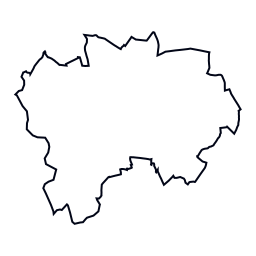 outline of Obio/Akpor, Rivers, Nigeria
{"feature_id": "59680162B6299894636493", "entity_name": "Obio/Akpor", "entity_type": "district", "adm_level": 2, "iso_a3": "NGA", "parent_name": "Nigeria", "parent_adm1": "Rivers", "projection": "robinson", "projection_center": [7.009, 4.856], "detail": "fine", "context": "isolated", "style": "outline", "palette": "ink", "viewbox_px": 256, "rotation_deg": 0, "n_neighbors": 0, "source": "geoboundaries", "source_scale": "gbopen_adm2", "svg_char_len": 5243}
<svg xmlns="http://www.w3.org/2000/svg" viewBox="0 0 256 256"><path d="M83.0,222.2L85.6,219.1L87.0,217.7L93.5,215.6L98.4,211.4L99.7,205.1L99.9,204.5L97.2,200.1L96.6,198.4L98.8,198.6L100.6,196.9L101.0,196.1L101.4,195.7L101.5,195.2L101.4,194.3L101.5,192.8L101.4,190.2L101.6,187.2L101.8,184.6L102.9,183.2L104.2,181.8L106.3,179.5L107.9,177.7L108.5,177.1L109.4,176.8L109.5,176.9L109.6,177.1L110.1,177.0L113.1,176.2L115.5,175.6L118.6,174.9L120.9,174.3L120.9,172.8L120.7,171.5L120.4,170.3L120.2,169.4L121.4,169.0L122.8,169.0L123.7,169.1L125.2,169.4L127.0,170.0L127.1,169.3L126.9,168.8L127.0,168.6L127.4,168.6L127.8,168.8L128.2,169.0L128.6,168.9L130.1,168.4L131.7,167.8L131.8,167.6L131.6,167.1L131.2,166.0L130.8,165.0L132.0,164.6L130.6,161.2L130.2,159.8L130.1,158.3L130.2,157.7L130.3,157.2L131.1,157.2L133.6,157.3L136.3,157.6L140.3,158.0L143.2,158.4L145.7,158.7L148.8,159.2L149.3,159.4L149.6,159.5L150.1,159.4L151.4,159.1L151.3,159.9L151.2,161.1L151.3,163.1L151.0,164.6L151.4,164.8L151.6,163.4L151.8,163.4L152.7,163.3L153.8,163.4L153.9,163.5L154.1,164.1L154.2,164.4L154.2,164.8L154.2,165.4L154.2,166.0L154.3,166.2L154.5,166.6L155.0,167.5L155.4,168.5L155.8,169.2L155.9,169.5L156.0,169.7L156.0,170.3L155.9,171.9L156.2,172.3L157.7,169.8L157.7,170.8L157.8,171.5L158.0,172.0L158.2,172.3L159.1,174.4L160.0,176.5L161.1,178.6L161.6,179.8L162.3,181.4L163.9,184.8L168.7,180.7L172.2,177.1L172.5,176.8L173.3,175.8L174.5,177.9L176.6,177.9L180.2,177.0L183.9,178.6L184.8,180.0L185.5,182.7L187.8,184.4L189.0,182.7L189.3,182.2L189.5,182.1L190.7,181.9L193.5,181.6L194.9,182.0L195.1,181.9L195.7,181.0L196.6,179.7L200.8,173.6L204.8,168.0L205.5,166.4L205.9,165.1L206.1,164.4L206.2,163.6L206.4,162.7L203.9,161.9L202.8,161.6L202.3,161.3L201.6,160.7L200.9,160.1L199.7,159.1L199.1,158.6L198.3,157.9L197.8,157.5L197.3,156.9L197.2,156.5L197.2,156.2L197.7,156.2L198.0,156.0L198.3,155.4L199.0,154.2L199.6,153.2L200.6,151.6L201.1,150.9L201.6,150.1L202.3,149.6L203.0,149.3L203.6,149.1L204.5,148.8L205.1,148.7L207.3,148.4L207.7,148.3L208.1,148.0L208.9,147.2L209.3,146.9L211.1,146.5L211.6,146.2L212.8,145.7L213.5,145.3L213.8,144.7L214.5,143.6L215.5,142.3L216.7,140.5L217.8,138.6L218.5,137.7L219.0,137.4L219.4,136.7L219.9,135.6L220.0,134.5L220.3,133.8L220.8,133.0L220.3,128.0L223.0,127.7L226.8,127.2L227.1,126.7L234.2,133.7L236.1,130.1L236.5,129.1L237.2,127.1L237.9,125.7L238.3,125.0L238.3,123.4L238.5,122.2L238.8,120.8L239.0,119.4L239.0,118.7L238.9,117.4L239.0,116.0L238.9,115.1L238.8,113.9L238.9,112.6L238.9,111.8L238.7,111.1L238.6,110.9L240.6,109.3L239.5,107.5L238.3,105.3L234.1,98.7L233.7,97.9L232.0,95.2L231.0,93.5L230.8,92.7L230.2,91.2L229.4,89.3L225.8,90.3L224.9,90.6L224.8,87.2L224.8,84.5L224.8,83.3L224.7,82.5L224.5,81.8L224.2,81.1L224.0,80.4L223.5,79.3L222.9,77.9L222.1,76.0L221.7,75.5L221.2,75.1L220.6,74.8L218.7,74.8L216.3,75.3L215.0,75.4L210.3,74.8L207.1,73.3L207.6,72.3L209.2,68.4L209.4,67.9L209.4,67.6L209.3,66.6L209.3,66.0L209.2,65.3L209.1,64.5L209.0,63.2L208.9,61.7L208.8,60.6L208.9,59.2L208.9,57.3L208.9,56.2L209.0,54.1L209.2,53.0L209.4,52.3L208.4,52.1L204.4,51.3L200.1,50.4L190.4,48.6L188.1,49.0L181.3,49.8L175.4,50.4L169.5,51.2L165.4,51.7L162.2,53.4L159.6,54.6L157.5,55.5L158.2,49.3L158.5,47.3L158.5,46.9L158.6,45.1L158.4,43.9L157.9,41.4L157.5,40.2L157.0,38.8L155.4,35.3L154.4,32.8L154.2,32.9L153.7,32.5L153.4,32.3L153.2,32.2L152.9,32.4L152.3,33.1L150.3,35.8L147.8,39.2L146.7,40.6L146.3,40.6L145.1,40.5L139.4,39.9L137.5,39.7L136.6,39.6L136.0,39.6L135.7,39.5L135.3,39.2L134.6,38.8L133.3,38.0L131.5,36.9L131.1,37.6L125.2,46.0L124.0,45.0L123.5,45.8L123.1,46.1L122.2,46.8L121.5,47.7L121.0,48.3L120.9,48.5L120.9,48.9L120.8,49.1L120.2,48.8L119.0,48.1L117.5,47.2L116.3,46.4L114.6,45.4L113.7,44.8L108.4,41.2L107.1,40.3L106.2,39.7L105.1,38.9L104.6,38.6L104.0,38.5L102.9,38.2L101.8,38.0L101.1,37.8L99.0,37.4L98.3,37.2L98.0,36.9L97.4,36.4L97.0,35.9L96.6,35.5L96.3,35.3L95.9,35.2L95.6,35.2L95.0,35.2L94.0,35.5L92.9,35.8L92.6,35.9L92.1,35.9L91.3,35.7L89.8,35.6L88.5,35.4L84.4,34.9L86.9,38.8L87.0,39.6L86.9,40.3L86.9,41.5L86.8,42.7L86.3,43.6L85.3,45.7L84.9,47.1L84.9,48.8L85.1,50.7L86.0,53.8L86.5,55.8L87.6,59.3L88.7,65.8L87.5,65.9L85.2,66.0L82.2,65.7L81.7,63.7L80.9,61.0L80.4,59.1L79.8,57.3L78.0,57.1L78.1,58.0L75.9,59.1L73.5,60.3L70.8,61.6L66.0,64.0L66.5,65.6L64.5,65.4L62.1,65.1L61.0,65.0L59.6,64.8L59.4,64.9L57.4,63.0L55.9,61.9L54.5,60.6L51.6,58.6L48.6,57.3L48.4,57.4L47.8,57.2L46.6,55.6L45.4,53.8L45.3,53.5L45.3,53.0L45.3,52.6L45.4,52.3L44.9,51.4L44.2,52.0L43.8,52.4L43.6,52.7L43.4,53.1L43.4,53.8L43.4,54.3L43.2,54.9L42.8,55.9L42.6,56.7L42.3,57.2L41.7,57.9L41.4,58.3L40.9,58.7L39.9,59.4L39.6,59.7L38.9,60.5L37.9,61.8L37.1,62.8L36.3,63.8L35.3,65.1L34.7,65.9L34.3,66.6L33.5,68.5L31.9,71.4L30.3,74.2L30.2,73.5L29.8,73.1L29.2,72.8L27.9,72.7L27.3,72.6L26.3,71.9L26.0,71.3L23.9,72.3L23.2,72.5L23.1,72.9L21.5,76.8L24.1,80.6L24.2,84.8L22.1,90.1L18.8,91.0L15.4,94.5L16.9,95.4L22.6,106.1L26.9,111.3L28.0,119.9L27.0,123.1L26.8,129.3L32.8,135.4L37.5,137.3L45.2,137.7L48.6,143.2L49.3,146.9L48.2,152.6L44.7,158.4L46.0,164.1L56.2,169.5L53.5,179.8L48.5,181.7L44.8,184.2L43.3,188.2L45.8,193.3L51.0,205.0L53.4,211.4L53.7,213.9L56.9,210.2L60.0,209.5L61.8,210.0L66.9,204.4L67.9,205.4L70.0,212.4L72.3,221.8L74.6,223.8L80.2,222.5L83.0,222.2Z" fill="none" stroke="#020617" stroke-width="2"/></svg>